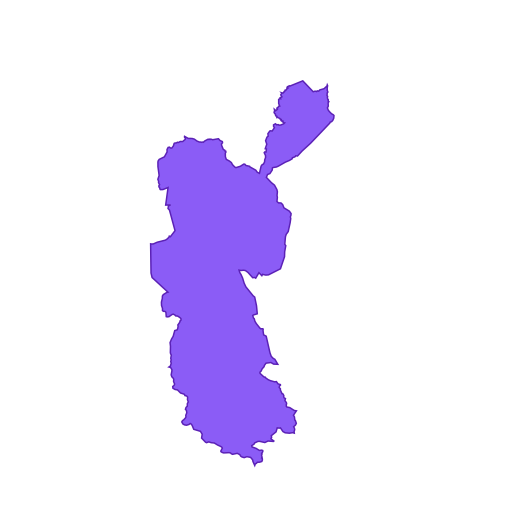 the district of Zoquitlán, Puebla, Mexico, rotated 126°
{"feature_id": "50627088B95071614808340", "entity_name": "Zoquitlán", "entity_type": "district", "adm_level": 2, "iso_a3": "MEX", "parent_name": "Mexico", "parent_adm1": "Puebla", "projection": "albers", "projection_center": [-97.006, 18.385], "detail": "fine", "context": "isolated", "style": "filled", "palette": "violet", "viewbox_px": 512, "rotation_deg": 126, "n_neighbors": 0, "source": "geoboundaries", "source_scale": "gbopen_adm2", "svg_char_len": 6137}
<svg xmlns="http://www.w3.org/2000/svg" viewBox="0 0 512 512"><g transform="rotate(126 256 256)"><path d="M397.0,261.2L396.4,259.6L397.3,257.4L398.2,256.6L402.0,254.8L403.2,253.1L403.6,250.9L404.0,250.2L406.0,248.9L407.4,246.6L408.9,246.2L410.5,246.7L411.8,245.5L411.6,243.1L410.5,240.8L411.2,236.5L410.1,233.2L410.1,232.4L410.7,231.4L410.0,229.9L410.3,228.4L412.5,227.0L413.9,225.0L415.8,224.8L417.9,223.3L419.6,223.6L421.5,223.0L421.9,221.4L423.6,219.8L426.1,219.2L427.4,218.1L428.3,217.9L431.0,218.2L432.4,218.7L433.9,218.5L434.9,216.3L434.6,214.4L433.7,212.7L431.7,211.2L430.2,210.8L430.0,210.2L430.5,208.2L432.8,204.5L430.5,197.9L431.8,194.8L435.3,193.0L436.3,187.4L436.1,186.3L434.1,184.9L433.4,182.6L431.8,179.8L431.5,176.0L430.8,172.5L430.8,171.2L431.3,170.3L434.5,169.8L434.9,169.3L434.8,167.8L434.3,166.4L431.0,162.3L430.3,160.9L430.5,159.7L430.2,158.4L426.7,155.2L426.2,152.4L426.9,150.8L426.9,149.5L426.1,147.1L423.7,145.4L422.1,142.0L422.9,138.9L424.1,137.6L426.2,133.9L424.6,134.4L423.5,133.8L422.1,133.7L420.6,131.8L418.8,130.5L417.3,130.9L416.2,131.8L415.5,132.6L415.8,132.8L414.8,133.3L413.7,134.6L412.6,134.7L412.4,135.4L410.3,135.5L409.4,136.2L409.7,137.3L411.3,139.0L411.6,142.9L412.8,147.0L411.9,148.0L409.4,147.0L408.0,147.2L404.9,145.5L403.8,144.1L401.7,139.2L398.6,137.5L395.8,132.9L395.2,132.8L395.1,136.4L394.7,136.7L393.6,136.7L392.4,138.0L386.5,136.4L382.6,137.8L381.5,135.9L380.7,135.2L382.2,131.0L381.9,128.5L379.7,124.8L377.4,122.5L376.8,120.9L375.8,121.9L373.8,122.6L372.8,123.6L372.0,125.2L369.6,124.7L367.7,125.0L365.9,127.5L365.9,128.2L363.6,130.3L362.8,132.1L357.5,132.3L358.5,134.3L358.8,139.6L360.0,142.2L359.9,143.0L358.2,144.3L357.6,144.3L356.7,145.3L356.0,147.6L354.0,148.4L354.3,149.7L353.6,150.9L352.7,151.3L352.0,152.5L351.7,153.5L352.1,154.0L350.1,157.5L349.1,158.2L348.7,160.0L347.2,160.6L346.1,160.3L345.7,160.7L346.5,163.0L345.6,165.7L346.8,166.9L348.4,171.1L348.9,173.6L348.9,176.6L348.6,177.4L349.1,178.1L349.1,179.3L348.6,183.6L348.3,184.1L347.7,184.5L346.2,184.2L343.6,184.7L340.9,184.4L339.5,184.9L336.8,184.9L333.4,181.3L333.1,178.2L330.8,174.7L328.5,180.0L328.7,182.0L328.2,184.7L326.1,187.8L314.9,200.6L315.3,203.5L312.2,206.5L311.1,207.1L310.8,207.7L312.1,209.4L312.0,210.6L310.5,216.0L309.4,218.6L307.8,220.5L307.6,221.7L306.0,223.7L305.2,223.4L302.0,221.0L296.0,226.3L290.0,232.9L289.9,234.9L286.9,246.1L284.9,249.7L281.7,253.9L279.8,257.2L278.9,259.4L277.4,261.4L276.5,259.6L274.9,257.8L274.0,256.1L274.0,252.9L275.5,245.9L274.2,244.5L274.1,243.2L267.8,243.8L268.5,239.7L267.0,239.9L265.7,236.9L263.9,234.8L252.0,228.7L239.8,232.5L235.7,235.3L230.1,238.0L229.6,239.6L223.1,243.5L220.7,244.3L217.3,244.3L209.1,247.9L205.3,249.9L204.2,251.2L202.7,251.6L201.1,252.5L200.1,255.3L200.6,261.7L198.7,264.7L198.4,267.0L199.8,269.0L199.6,271.1L196.1,273.1L194.6,274.6L191.5,276.4L190.0,278.1L187.8,282.7L187.6,286.7L186.3,293.8L183.3,294.6L181.1,293.2L176.9,293.4L175.1,294.5L174.4,294.2L172.0,291.8L170.1,290.7L162.8,287.4L159.0,285.1L156.1,283.9L155.1,284.3L152.9,282.8L151.5,282.7L150.7,281.2L143.9,280.4L132.6,278.1L105.0,274.4L104.2,274.7L102.9,273.8L101.2,273.6L98.8,274.1L96.5,275.5L96.3,276.6L96.5,278.6L96.0,281.7L95.4,283.5L94.2,285.3L92.3,285.6L89.8,287.6L88.4,287.8L88.6,288.3L87.1,289.4L87.2,289.8L86.0,291.3L84.7,291.9L84.5,292.8L82.1,294.3L81.1,294.2L80.2,295.6L78.3,297.1L76.1,298.2L75.7,298.9L76.7,298.5L80.7,299.3L84.1,302.0L85.8,302.2L86.4,303.5L87.3,303.6L87.9,305.1L89.5,306.3L86.8,321.1L98.5,328.4L98.9,329.7L99.0,329.1L100.6,330.1L101.7,329.8L101.4,328.9L102.1,329.2L103.7,329.2L104.6,329.8L104.7,329.5L106.2,329.9L106.3,329.6L108.4,330.0L108.9,331.3L109.0,330.8L111.1,330.7L112.0,328.6L113.9,329.5L114.3,328.6L114.7,329.2L116.0,329.7L119.3,327.3L120.8,324.9L121.7,325.7L123.2,325.5L123.6,326.0L124.4,325.8L124.8,324.9L126.7,325.5L126.5,327.4L128.0,325.9L129.0,326.0L129.6,325.1L129.8,323.6L130.3,323.4L131.0,322.3L130.7,321.2L131.7,320.5L131.2,320.1L130.7,317.4L131.1,316.9L130.7,315.8L131.7,315.4L131.1,313.6L131.8,313.7L131.8,311.9L131.5,311.1L132.7,311.3L135.4,312.9L136.6,314.2L136.6,315.2L137.7,316.4L137.6,318.0L139.6,318.9L140.8,318.0L141.4,316.5L145.4,316.4L146.2,317.9L146.8,318.3L150.0,318.3L151.9,316.6L153.4,317.0L157.1,316.0L159.2,313.0L163.8,311.6L163.3,310.5L165.9,309.0L166.7,310.1L167.6,310.1L169.1,307.4L170.6,306.2L173.2,305.4L174.8,304.4L177.3,304.0L178.4,304.7L180.3,304.7L187.1,301.8L187.5,304.2L186.7,306.6L187.5,313.4L187.2,313.9L188.7,317.4L188.3,319.0L188.8,319.9L192.6,321.4L196.3,324.2L196.5,325.5L195.9,328.8L194.9,330.8L194.8,333.3L195.3,336.8L193.7,339.1L190.8,341.3L189.9,341.3L189.0,342.0L189.3,342.9L188.8,343.4L189.0,345.1L186.8,348.7L185.6,349.8L184.1,349.6L183.2,350.5L183.7,353.0L183.2,355.3L187.4,359.4L188.0,361.3L188.7,361.6L188.7,362.2L189.5,362.6L189.6,363.4L193.1,365.1L195.0,365.5L195.4,366.5L196.2,367.1L196.4,367.9L197.0,368.6L197.7,371.3L197.7,374.6L198.5,376.8L200.7,380.0L201.2,384.1L201.8,383.8L202.4,382.2L203.2,381.8L206.5,382.6L207.9,384.6L209.7,385.4L210.2,386.5L211.1,386.7L212.5,388.2L213.0,388.4L215.6,387.5L218.2,387.6L218.9,388.6L218.8,390.0L219.8,390.9L222.1,390.6L224.1,389.1L229.6,388.4L234.7,391.1L236.4,391.1L237.6,390.6L241.4,387.8L247.8,381.7L251.6,380.5L252.9,378.6L253.9,378.0L255.0,375.9L256.1,375.9L257.1,375.2L257.5,374.0L258.5,372.7L258.4,372.2L256.9,370.3L252.3,367.4L267.9,359.0L264.9,355.1L266.9,356.3L269.3,355.1L269.7,353.0L283.1,336.4L290.7,336.6L290.9,337.8L291.8,337.5L294.2,337.8L296.4,338.6L302.9,344.0L306.5,346.1L307.6,347.4L308.1,348.4L331.5,330.9L334.5,327.4L337.0,306.0L338.0,306.8L341.7,308.3L343.4,308.2L345.5,306.8L348.9,305.4L351.5,303.4L353.4,300.8L355.1,299.6L355.2,298.4L354.5,297.4L354.3,296.4L354.7,295.6L357.8,293.0L357.5,292.1L356.2,290.7L352.6,289.5L351.7,288.8L351.4,287.0L351.7,285.8L350.7,284.1L350.6,283.1L350.6,280.6L350.9,279.8L351.9,279.0L353.3,279.3L353.7,278.9L355.3,278.7L357.7,278.7L358.8,277.6L361.0,276.6L362.1,276.4L364.1,277.9L369.7,275.8L372.9,275.5L376.6,274.6L379.3,272.1L384.5,268.5L385.3,267.6L385.9,266.3L388.9,264.8L389.9,263.6L391.6,262.9L392.5,261.6L395.3,260.6L397.0,261.2Z" fill="#8b5cf6" stroke="#5b21b6" stroke-width="1.5"/></g></svg>